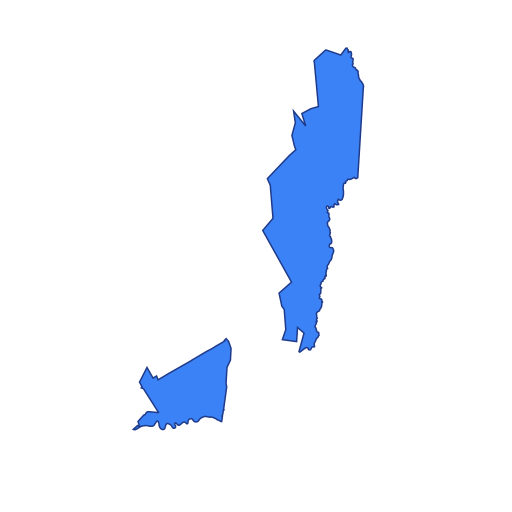 Torreón, Coahuila, Mexico (Natural Earth projection), rotated 228°
{"feature_id": "50627088B67777586525321", "entity_name": "Torreón", "entity_type": "district", "adm_level": 2, "iso_a3": "MEX", "parent_name": "Mexico", "parent_adm1": "Coahuila", "projection": "natural_earth1", "projection_center": [-103.236, 25.242], "detail": "fine", "context": "isolated", "style": "filled", "palette": "blue", "viewbox_px": 512, "rotation_deg": 228, "n_neighbors": 0, "source": "geoboundaries", "source_scale": "gbopen_adm2", "svg_char_len": 6003}
<svg xmlns="http://www.w3.org/2000/svg" viewBox="0 0 512 512"><g transform="rotate(228 256 256)"><path d="M350.3,461.8L348.6,453.5L362.1,446.0L362.5,445.4L362.4,430.2L361.8,429.3L360.8,428.9L325.3,402.4L328.8,395.2L331.2,385.4L319.3,379.9L338.5,380.9L328.6,374.3L321.6,363.4L312.5,358.4L309.9,357.3L308.3,356.7L308.4,348.5L305.9,316.2L299.1,314.0L272.6,293.8L270.5,278.1L212.8,264.9L213.0,248.3L201.4,241.6L197.4,241.2L181.4,228.9L176.2,219.6L165.2,228.9L175.1,239.0L166.6,240.1L156.2,224.0L155.7,224.0L155.4,224.1L155.2,224.5L155.1,225.1L155.0,227.4L154.9,228.0L155.0,229.1L155.0,229.4L154.5,230.1L154.7,231.0L154.6,231.6L154.3,232.1L152.8,233.1L152.5,233.1L151.7,232.5L151.3,232.5L150.6,232.7L150.1,233.3L149.9,233.6L149.9,233.9L150.2,234.8L150.7,236.1L150.8,236.7L150.6,237.2L149.9,237.9L149.5,238.4L149.5,238.7L149.6,239.0L151.7,240.3L152.2,241.1L152.9,243.1L154.0,245.3L154.1,246.0L154.3,246.3L154.2,246.7L154.3,247.5L154.3,248.1L154.9,249.2L154.9,249.8L155.8,250.3L157.0,251.3L157.5,251.3L158.1,251.0L158.4,250.7L158.8,250.7L159.6,250.9L162.6,252.4L163.5,252.3L164.0,252.4L164.7,253.6L165.0,254.5L165.6,255.5L165.8,256.2L166.6,256.3L166.9,256.6L166.9,256.8L166.6,257.4L166.6,257.7L167.1,258.0L168.4,258.4L168.7,259.1L168.8,259.4L168.7,259.8L168.8,260.0L169.8,260.2L170.4,260.6L171.6,261.5L171.9,261.9L172.6,262.1L173.0,262.6L173.2,263.1L173.4,264.6L173.0,265.3L172.9,266.7L173.5,267.5L173.7,268.1L173.9,268.8L173.9,269.3L174.5,270.7L175.1,271.5L177.0,273.6L177.2,274.6L177.6,274.7L177.9,274.3L178.0,274.3L178.6,274.8L179.2,275.5L179.7,275.7L180.4,275.7L181.6,274.9L181.9,274.8L182.2,274.8L183.0,275.9L183.2,276.4L185.0,277.2L185.0,277.9L184.9,278.5L185.1,279.2L186.9,281.1L188.5,282.4L188.5,282.7L188.3,283.3L188.5,283.6L188.9,283.6L189.8,283.3L191.0,283.7L191.5,284.6L191.9,285.9L192.5,286.3L192.8,286.8L192.9,288.1L192.6,288.7L192.5,289.0L193.2,289.7L193.3,290.0L193.3,290.9L193.5,291.3L193.1,291.9L193.1,292.2L194.3,293.0L194.4,293.3L194.3,293.8L194.9,294.2L194.8,294.4L194.2,294.8L194.3,295.0L196.4,296.4L197.5,298.0L198.1,298.5L198.5,299.0L198.9,300.1L198.8,300.9L200.0,301.3L200.9,302.3L201.6,304.8L202.7,307.2L202.8,308.8L203.5,310.6L205.4,312.9L206.8,315.7L207.6,317.0L208.2,317.5L209.2,317.8L210.0,318.2L210.7,318.3L211.2,318.2L211.9,317.5L212.8,316.7L213.5,316.6L214.1,316.9L214.7,317.4L215.4,318.4L215.5,318.7L215.4,319.2L215.0,319.8L215.1,320.6L215.4,321.1L216.2,322.1L218.2,323.4L219.5,323.6L220.2,324.2L220.6,324.3L221.1,324.1L222.0,324.3L222.2,324.5L222.6,325.4L223.1,326.0L223.5,326.8L224.5,327.1L225.7,328.5L227.1,328.8L228.2,329.4L229.8,329.4L230.8,329.8L232.4,330.9L233.1,331.5L233.3,331.9L233.4,333.1L233.3,334.2L233.6,334.8L233.9,335.2L234.5,335.9L236.6,336.5L238.1,338.1L238.9,338.7L239.3,338.8L240.2,338.1L240.5,338.0L240.9,338.4L241.6,339.9L243.0,340.0L243.9,340.2L244.8,340.6L245.2,341.0L245.4,341.3L245.5,341.9L245.5,342.5L245.3,342.8L244.5,343.0L243.9,343.0L243.6,342.9L243.2,342.2L242.9,342.1L242.5,342.1L242.2,342.5L242.2,343.4L242.5,344.8L242.5,345.1L242.2,345.4L241.3,345.5L241.0,345.7L240.6,346.1L240.3,346.6L240.5,347.0L241.8,348.2L242.2,348.8L242.3,349.2L242.0,349.5L240.3,350.1L239.6,350.9L239.0,351.8L239.1,352.1L239.3,352.2L240.7,352.5L241.9,353.0L242.5,353.8L243.0,354.9L243.1,355.1L242.9,355.4L242.0,355.4L241.1,355.9L240.8,356.2L240.5,357.0L240.5,358.1L241.9,360.6L243.3,362.3L245.9,364.6L248.0,365.9L251.0,369.4L251.1,369.6L251.0,370.3L250.8,370.6L250.3,371.0L250.3,371.5L250.6,371.9L251.2,372.2L251.4,372.5L251.4,373.2L251.1,374.1L251.1,374.4L251.6,375.5L251.5,375.9L250.9,376.4L250.3,376.7L249.7,377.6L249.2,379.4L249.1,380.2L248.8,381.1L248.7,381.6L247.1,381.7L246.6,382.1L246.3,382.7L246.2,383.2L246.4,383.8L246.2,384.1L308.7,447.8L309.1,448.1L310.2,449.6L312.5,450.6L314.1,450.8L315.2,451.1L316.3,450.8L316.7,450.8L317.5,451.2L319.4,451.5L322.5,453.6L323.5,454.0L324.5,455.1L325.2,455.5L326.8,455.5L327.0,455.4L327.4,454.9L329.3,455.7L330.0,455.5L331.3,454.8L333.1,455.1L333.4,455.5L333.9,456.8L335.6,457.8L336.4,458.9L337.4,459.8L337.5,460.1L338.1,460.1L339.5,459.6L340.1,459.6L340.6,460.0L341.6,461.7L343.7,463.1L344.5,463.2L345.0,462.8L345.2,462.5L345.3,461.9L345.1,461.1L345.4,460.8L345.9,460.9L346.6,461.4L346.8,461.7L347.1,462.2L347.4,462.4L348.1,462.3L348.6,462.3L349.5,462.8L350.3,461.8ZM214.6,178.5L214.4,175.9L213.8,175.8L214.3,173.0L216.1,164.9L216.0,164.6L216.8,160.7L218.2,155.2L221.6,138.3L221.5,138.2L226.9,113.6L229.5,100.4L233.4,101.8L234.2,97.8L246.1,100.4L240.2,85.0L235.1,83.8L234.8,82.5L233.0,83.4L232.2,83.5L229.9,83.1L205.2,78.9L205.3,78.7L205.2,78.5L212.5,71.7L213.1,69.9L212.3,67.6L212.8,66.5L212.8,65.4L212.0,57.6L207.4,55.5L208.8,54.6L209.3,54.5L209.3,48.8L208.5,49.2L207.7,50.0L207.2,51.7L206.3,56.4L205.4,58.3L204.1,60.2L203.4,61.0L202.7,61.7L201.2,62.7L200.4,63.4L199.6,64.2L198.6,65.5L198.5,66.3L198.4,66.8L199.0,69.2L199.5,71.0L199.5,71.8L199.5,72.1L199.3,72.3L198.7,72.5L197.6,72.3L196.2,71.6L194.6,70.4L192.7,69.8L192.2,69.7L190.9,69.8L189.9,70.2L189.2,70.7L188.8,71.7L188.8,72.6L190.3,75.1L190.9,76.2L191.1,77.2L190.9,78.0L190.5,78.3L189.3,79.1L187.2,79.6L186.8,79.7L185.4,79.5L184.3,79.1L183.5,79.3L183.0,79.6L182.7,80.0L182.4,81.2L182.6,81.7L183.6,82.6L184.8,82.7L185.4,83.0L185.8,83.3L186.0,84.3L185.9,84.5L185.5,84.7L182.7,84.9L182.3,85.0L181.9,85.4L181.6,85.7L181.4,86.6L181.3,89.7L181.1,90.8L180.8,91.4L180.2,91.9L179.6,92.2L177.8,92.2L177.4,92.5L177.3,93.1L177.4,93.6L178.7,94.9L179.2,95.9L179.4,96.4L179.3,97.0L179.1,97.8L178.6,98.9L178.3,99.2L177.5,99.5L175.6,99.3L174.2,99.4L173.4,99.8L172.6,100.7L172.1,101.7L171.9,102.3L172.5,105.4L172.4,106.9L171.9,108.6L171.2,110.4L170.2,111.4L169.4,112.1L167.5,113.5L165.8,115.4L165.4,115.7L162.7,117.0L161.0,117.5L160.4,117.6L159.7,117.9L158.8,118.4L156.5,119.2L155.9,119.7L159.3,123.7L159.6,123.5L159.8,123.7L159.7,123.8L159.8,124.0L159.9,123.9L160.2,124.3L160.6,125.4L163.3,128.6L163.0,128.9L163.0,129.0L163.3,128.8L178.4,146.7L181.4,148.5L192.6,159.9L195.7,167.3L204.0,175.6L210.9,178.5L214.6,178.5Z" fill="#3b82f6" stroke="#1e3a8a" stroke-width="1.5"/></g></svg>